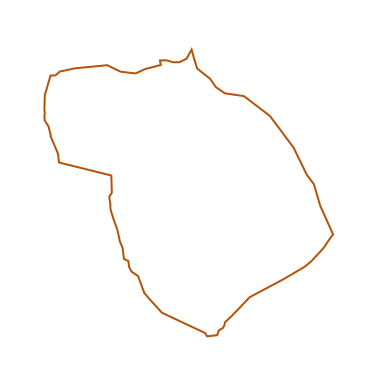 San Pedro Topiltepec, Oaxaca, Mexico, rotated 168°
{"feature_id": "50627088B10817237938437", "entity_name": "San Pedro Topiltepec", "entity_type": "district", "adm_level": 2, "iso_a3": "MEX", "parent_name": "Mexico", "parent_adm1": "Oaxaca", "projection": "mercator", "projection_center": [-97.35, 17.457], "detail": "fine", "context": "isolated", "style": "outline", "palette": "amber", "viewbox_px": 384, "rotation_deg": 168, "n_neighbors": 0, "source": "geoboundaries", "source_scale": "gbopen_adm2", "svg_char_len": 1169}
<svg xmlns="http://www.w3.org/2000/svg" viewBox="0 0 384 384"><g transform="rotate(168 192 192)"><path d="M319.4,302.5L319.4,300.7L320.9,295.4L321.2,292.5L318.7,285.8L318.4,276.3L318.7,275.9L316.8,266.0L315.7,260.4L315.2,257.6L315.1,257.2L316.0,248.5L267.5,224.9L270.5,208.4L270.9,207.5L273.7,204.9L274.2,202.3L274.3,197.8L275.2,192.7L275.2,190.3L274.8,186.0L274.4,181.8L272.9,171.0L272.8,165.4L272.8,164.5L272.8,158.4L271.5,151.6L272.5,140.7L268.6,137.6L269.1,131.9L267.7,126.7L262.3,121.0L259.6,103.0L256.3,96.9L250.7,87.3L246.5,80.1L222.6,62.0L208.4,51.3L207.3,47.7L197.1,46.7L195.0,50.6L194.0,51.3L190.1,52.5L187.6,55.5L187.1,57.5L177.7,63.3L169.3,69.0L157.5,77.1L120.6,87.7L97.7,95.3L89.6,99.5L74.8,110.0L69.9,114.8L66.2,118.3L62.8,121.2L69.4,151.6L71.2,174.4L76.1,184.9L83.4,214.2L99.8,249.8L101.9,252.4L121.3,275.0L139.3,281.7L146.9,289.7L150.7,298.9L161.3,311.7L162.2,321.8L162.8,331.4L169.6,323.5L177.2,321.6L183.1,322.7L190.1,326.3L196.0,327.3L196.1,322.8L203.0,322.4L212.3,322.0L222.5,319.7L237.0,324.6L248.6,333.7L257.8,334.7L280.6,337.3L296.3,337.3L301.3,334.5L306.2,335.3L315.9,317.2L319.4,302.5Z" fill="none" stroke="#b45309" stroke-width="2"/></g></svg>